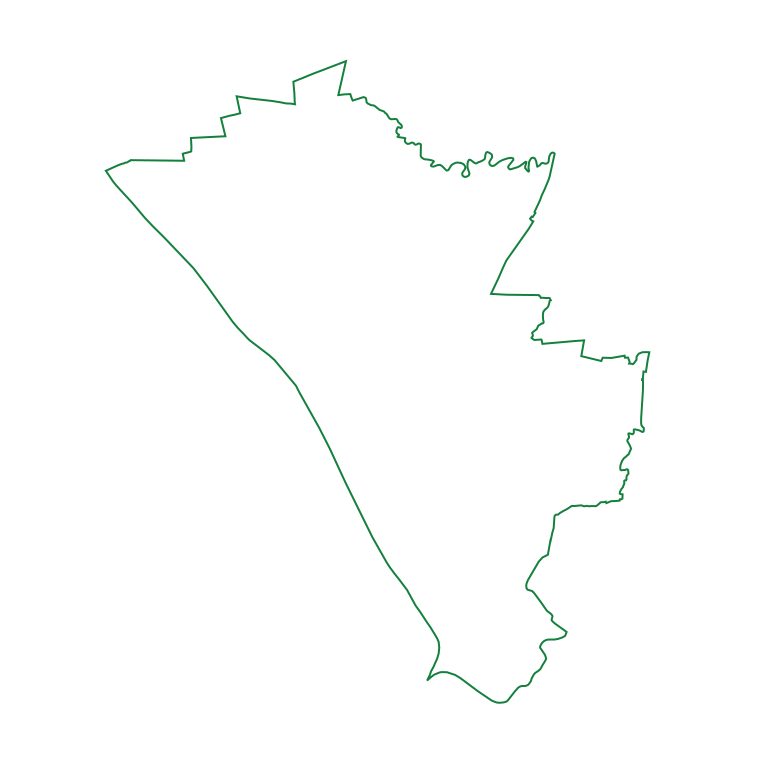 Long Phu, Sóc Trăng, Vietnam, rotated 177°
{"feature_id": "81297802B46768613136824", "entity_name": "Long Phu", "entity_type": "district", "adm_level": 2, "iso_a3": "VNM", "parent_name": "Vietnam", "parent_adm1": "Sóc Trăng", "projection": "albers", "projection_center": [106.051, 9.663], "detail": "fine", "context": "isolated", "style": "outline", "palette": "green", "viewbox_px": 768, "rotation_deg": 177, "n_neighbors": 0, "source": "geoboundaries", "source_scale": "gbopen_adm2", "svg_char_len": 6132}
<svg xmlns="http://www.w3.org/2000/svg" viewBox="0 0 768 768"><g transform="rotate(177 384 384)"><path d="M117.4,401.8L120.3,402.1L124.3,402.2L127.9,401.0L129.4,399.3L130.4,397.7L130.6,394.9L133.4,391.6L134.4,390.8L136.0,391.3L138.2,391.6L137.6,392.8L137.6,393.5L138.9,397.6L142.1,397.7L142.2,399.7L155.4,398.1L164.2,398.8L165.8,395.6L185.5,401.5L181.9,417.1L192.0,416.9L223.7,415.8L224.3,419.9L224.6,420.2L231.4,420.1L232.3,420.5L234.3,422.3L232.8,424.3L232.9,425.7L233.4,427.1L233.1,427.7L232.5,428.1L228.6,430.8L226.9,434.2L224.6,435.4L223.4,436.2L222.2,436.2L221.6,436.7L221.3,437.7L221.7,439.6L221.8,443.1L221.4,446.7L220.8,448.2L219.2,450.0L216.9,451.7L216.0,452.8L215.0,455.3L214.2,458.3L213.6,458.8L213.1,458.9L214.0,461.0L214.8,461.3L217.7,461.3L220.7,461.8L222.9,461.8L223.7,463.7L224.7,464.2L224.8,464.7L256.6,466.7L272.4,468.4L264.1,483.8L258.9,494.3L255.3,501.0L231.2,531.6L226.4,538.6L227.6,539.1L229.5,541.4L227.8,543.4L226.8,542.9L223.8,546.9L224.7,547.9L218.7,559.1L216.5,564.3L213.4,570.0L208.7,579.9L207.7,582.7L201.5,605.1L202.5,606.0L203.9,606.3L204.6,606.0L205.9,604.8L207.1,602.5L208.0,597.5L208.8,596.3L210.0,595.7L211.2,595.5L213.8,596.4L214.6,596.4L215.6,595.9L217.0,594.3L219.3,593.0L219.6,593.1L220.4,598.5L221.5,601.3L223.1,602.2L224.6,602.0L225.1,601.8L226.6,599.8L227.5,598.0L228.4,592.4L228.0,589.2L228.2,588.7L228.7,588.6L229.7,589.5L231.7,592.2L231.7,593.7L230.3,597.4L230.2,598.2L230.7,598.5L231.1,598.4L236.5,594.8L239.0,593.6L246.6,591.7L247.5,592.0L248.4,593.2L248.7,594.1L248.6,594.5L247.9,595.6L243.1,601.0L243.2,602.5L244.8,603.2L248.2,603.0L253.8,601.5L257.2,600.0L262.1,596.5L264.2,596.0L265.7,596.4L267.0,597.7L267.3,599.6L266.9,600.7L264.4,604.3L264.1,604.9L264.2,606.9L264.5,607.5L265.4,608.5L267.4,609.7L268.6,610.2L269.4,610.1L270.1,609.3L270.9,607.0L271.1,605.1L271.7,603.4L273.6,602.1L276.6,600.9L278.1,600.6L279.8,599.6L281.0,599.5L281.8,599.9L285.7,603.1L286.9,603.5L287.6,603.2L288.6,601.4L289.0,600.0L289.3,596.9L289.1,595.0L287.6,589.7L288.4,587.9L289.2,587.3L291.4,586.5L292.9,586.7L294.1,587.4L294.7,588.2L294.9,589.8L294.6,591.0L292.0,594.2L291.4,595.8L291.6,596.9L292.7,599.0L293.6,599.7L295.7,600.7L298.9,601.3L300.1,601.2L301.1,601.1L303.6,600.0L304.7,599.4L305.4,598.8L308.5,594.3L309.7,593.9L310.2,593.9L310.7,594.2L314.6,598.6L316.4,599.8L318.7,599.9L322.3,598.7L323.5,598.5L325.1,598.9L325.6,599.3L325.7,599.9L325.5,600.4L322.8,603.3L322.6,603.5L322.9,604.1L324.4,604.8L327.3,605.6L332.1,606.4L333.7,607.5L334.7,608.3L335.0,608.9L335.3,609.8L335.4,610.7L334.6,620.9L335.1,621.8L336.8,622.4L339.2,621.4L340.2,621.3L341.5,622.4L341.9,623.2L343.0,623.6L343.8,623.6L346.7,622.5L348.1,622.6L349.4,623.6L350.4,624.9L350.4,626.3L349.9,628.3L350.2,628.5L357.2,629.9L357.5,630.2L357.5,630.4L356.4,631.3L356.0,632.1L357.7,633.5L358.3,634.5L358.5,635.9L357.6,638.2L356.9,639.5L356.5,639.7L355.5,639.5L354.0,638.7L353.5,638.8L353.1,639.0L352.8,639.5L352.7,640.7L353.3,642.0L356.0,644.7L356.9,647.0L357.4,647.6L358.6,648.1L362.7,648.0L363.9,648.4L365.0,649.4L367.2,653.5L368.8,654.8L369.7,656.1L374.1,658.0L378.2,661.7L379.1,662.4L380.1,662.8L382.2,663.1L385.5,664.9L386.7,666.4L386.9,669.4L387.4,670.7L389.3,671.6L400.4,668.7L401.2,670.6L402.5,675.3L408.4,675.3L414.5,674.9L405.1,708.4L438.2,697.7L458.7,690.6L458.3,679.0L458.4,669.6L458.2,668.0L462.4,668.9L467.0,669.3L472.9,670.8L481.5,672.6L502.7,676.1L516.1,679.0L513.4,661.9L519.8,660.6L524.0,660.0L532.9,658.1L529.4,639.7L563.9,639.8L563.9,631.1L564.3,626.5L564.6,626.2L567.7,625.5L572.9,624.5L571.9,617.4L625.3,620.8L625.8,620.2L626.9,619.9L628.8,618.8L629.4,618.6L630.8,618.6L632.3,617.9L634.2,617.6L638.0,616.4L650.6,611.5L643.9,600.3L641.0,596.3L625.8,577.9L614.0,562.3L606.4,553.4L596.2,542.2L568.2,509.6L555.8,491.5L531.7,453.8L527.0,447.6L521.7,441.5L518.1,437.1L515.9,434.7L497.6,419.1L492.1,413.7L472.0,386.9L468.7,379.5L450.9,343.4L441.4,322.0L427.6,287.5L403.7,231.8L390.8,205.9L387.7,200.5L383.3,193.9L378.7,187.4L371.8,177.2L364.0,161.0L360.1,155.0L353.6,143.8L350.7,139.2L346.7,131.9L344.2,127.1L342.9,123.6L342.6,117.9L343.5,112.1L345.1,107.4L349.6,98.5L352.0,94.7L353.6,90.7L356.5,85.6L352.6,88.7L349.1,91.1L344.0,92.9L342.0,93.3L336.3,92.9L328.3,89.8L323.1,86.3L306.2,72.2L293.0,62.2L288.4,60.1L285.5,59.6L281.0,59.8L278.9,60.3L277.7,60.8L276.4,62.1L270.0,69.5L266.1,73.5L264.6,74.5L262.4,75.2L258.8,75.0L256.3,75.8L255.4,76.4L253.0,79.3L251.9,82.3L249.5,86.2L248.3,87.4L244.7,89.6L242.7,91.2L240.5,94.8L237.6,99.0L236.4,101.2L237.4,105.1L241.9,112.5L241.9,113.0L241.5,114.5L239.9,117.0L237.6,118.9L235.9,119.7L233.8,120.2L227.4,119.9L224.1,120.2L219.6,121.4L216.6,122.8L216.2,123.2L214.6,126.8L226.0,136.0L228.4,138.4L229.0,139.7L227.9,143.1L228.0,143.8L229.0,145.4L233.2,149.0L238.6,157.7L245.1,167.5L246.9,169.5L251.2,171.0L251.8,171.7L252.4,172.7L252.5,175.6L252.0,177.5L250.6,180.5L238.8,198.5L234.9,202.4L229.3,204.9L226.0,219.0L225.8,218.8L223.6,227.0L222.1,231.2L220.8,242.2L220.4,243.5L219.3,244.4L217.0,244.5L215.0,246.0L212.0,247.6L207.6,249.6L202.9,252.4L200.1,252.2L193.3,252.5L190.6,251.4L188.1,251.7L184.8,251.1L183.4,251.3L178.9,250.9L177.1,251.8L173.9,254.5L169.7,254.6L168.7,254.9L168.2,253.4L163.3,255.1L158.3,255.0L154.8,255.2L154.5,256.5L152.7,256.5L151.9,257.1L151.5,261.3L153.5,261.7L154.3,262.2L154.0,264.0L152.7,266.3L150.6,268.7L150.3,270.1L149.7,270.8L149.3,271.8L149.2,274.7L148.5,275.2L147.4,275.1L146.8,276.1L146.8,277.9L146.3,279.9L144.8,281.2L144.6,281.6L144.6,284.0L144.8,285.3L145.3,286.0L145.8,286.1L146.7,286.0L147.6,285.5L151.8,285.5L152.3,286.0L152.5,287.2L152.4,288.9L152.0,290.8L150.3,294.7L148.1,297.5L146.3,298.6L144.5,300.3L143.5,300.8L140.7,306.4L141.3,308.6L142.3,311.0L143.8,313.7L144.0,314.7L143.8,315.4L142.2,317.5L142.0,318.2L142.5,320.4L142.5,321.7L141.7,321.9L138.7,320.9L138.1,321.0L137.2,321.9L137.0,322.9L137.0,325.0L136.7,325.5L135.4,325.5L131.6,324.4L128.6,322.6L128.1,322.6L127.5,322.9L127.1,323.5L126.8,326.3L128.2,327.9L128.8,328.9L129.1,329.7L129.3,331.6L128.9,337.1L125.8,363.7L125.3,370.2L125.2,374.5L126.0,374.5L126.0,375.3L125.3,375.3L124.2,382.9L121.8,382.4L119.4,394.1L117.4,401.8Z" fill="none" stroke="#15803d" stroke-width="2"/></g></svg>